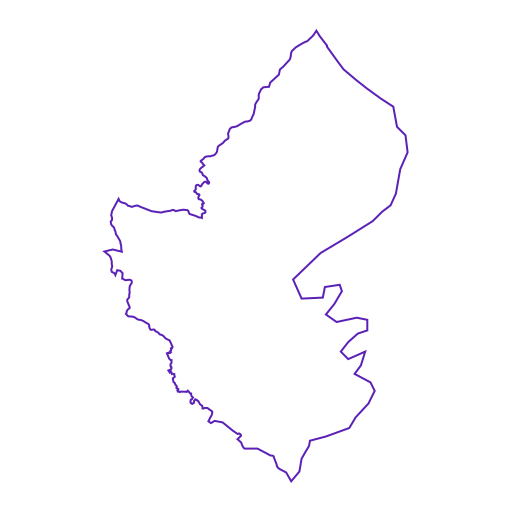 outline of Effia Kwesimintsim Municipal, Western, Ghana
{"feature_id": "2480657B49181902253284", "entity_name": "Effia Kwesimintsim Municipal", "entity_type": "district", "adm_level": 2, "iso_a3": "GHA", "parent_name": "Ghana", "parent_adm1": "Western", "projection": "mercator", "projection_center": [-1.811, 4.965], "detail": "fine", "context": "isolated", "style": "outline", "palette": "violet", "viewbox_px": 512, "rotation_deg": 0, "n_neighbors": 0, "source": "geoboundaries", "source_scale": "gbopen_adm2", "svg_char_len": 6088}
<svg xmlns="http://www.w3.org/2000/svg" viewBox="0 0 512 512"><path d="M111.7,261.1L111.8,264.4L112.1,265.6L112.2,266.7L111.4,268.9L111.3,270.2L111.8,271.9L113.9,272.9L114.6,273.5L115.0,274.0L115.4,275.0L117.2,270.2L120.4,270.8L122.6,273.2L122.2,278.6L122.7,278.6L124.3,279.7L125.2,280.1L126.7,280.1L128.8,279.8L129.5,279.8L130.4,280.0L131.1,280.3L131.6,280.9L131.7,281.2L131.8,282.2L131.7,282.9L131.4,283.5L130.9,284.1L129.8,286.1L129.7,286.5L129.4,289.9L129.6,291.9L129.6,293.2L129.2,294.6L129.3,296.1L129.1,297.4L128.8,298.0L127.6,299.1L127.2,300.1L127.2,300.8L127.4,301.6L129.7,307.3L129.7,307.6L129.5,308.2L127.6,309.7L127.2,310.4L126.6,311.7L126.6,312.6L125.9,313.9L128.1,316.2L128.8,316.4L132.6,316.6L134.8,317.4L137.3,319.2L138.0,319.5L138.7,319.7L140.9,320.0L141.9,320.4L143.5,321.1L146.4,323.0L148.1,323.8L148.7,324.3L149.0,324.9L149.3,325.8L149.1,326.4L149.3,327.2L149.9,328.8L150.6,329.7L151.6,329.8L153.5,329.5L154.2,329.6L154.5,329.8L155.0,330.4L155.2,331.0L157.9,332.4L158.6,333.0L159.0,333.6L159.6,334.2L160.2,334.6L160.6,334.6L161.5,334.9L162.9,335.5L165.6,338.4L167.6,339.5L169.6,340.4L172.6,346.9L172.0,348.1L171.4,348.0L171.0,348.2L170.9,348.5L171.2,349.1L171.3,349.8L170.1,351.2L171.0,352.1L169.8,353.1L168.8,353.1L168.3,352.7L166.9,353.3L169.2,358.7L170.7,360.1L171.5,360.1L171.5,362.8L170.5,364.2L170.5,365.9L170.8,366.1L171.0,366.4L170.8,366.7L171.2,367.5L171.5,367.6L171.6,367.9L170.7,370.0L169.9,369.8L168.4,370.5L169.8,372.5L170.4,371.7L171.0,371.8L171.4,372.4L171.9,374.0L172.5,373.7L174.3,374.1L174.2,374.7L174.3,375.3L174.6,376.0L174.8,376.6L174.6,377.0L173.0,378.2L172.8,378.4L172.9,379.1L173.6,382.2L174.8,383.0L175.5,384.9L176.3,385.5L176.7,386.1L176.8,386.5L176.4,387.6L176.6,388.3L177.0,388.5L177.6,388.5L178.2,388.8L178.3,389.5L177.4,390.6L178.0,391.7L179.0,391.5L179.9,392.1L181.0,391.6L182.9,391.7L184.2,391.7L184.9,391.8L185.5,391.6L185.8,391.6L186.5,391.9L187.0,391.8L187.3,391.2L187.8,390.7L189.3,392.2L189.6,392.9L189.8,393.1L190.1,393.3L191.1,393.5L191.1,394.5L191.6,396.2L193.0,397.5L191.9,399.3L190.9,399.6L190.4,401.5L190.7,402.9L191.3,403.2L192.1,403.9L192.8,403.3L193.5,403.3L193.9,402.8L194.1,401.6L194.1,400.8L194.7,400.3L195.1,399.4L195.4,399.3L196.1,399.8L196.7,399.8L197.3,400.7L197.6,400.9L197.9,400.9L198.3,401.1L200.0,404.2L200.3,404.5L201.9,405.6L202.2,405.9L202.5,406.9L202.5,408.4L203.6,408.5L204.9,407.9L207.3,408.0L207.6,408.1L209.0,409.2L211.8,411.1L212.1,411.4L212.3,412.1L212.1,413.3L211.7,415.0L211.2,416.1L210.6,416.9L208.4,421.3L210.9,423.1L214.6,420.9L222.6,422.4L232.6,430.5L237.5,433.9L237.8,434.0L238.8,433.5L239.3,433.5L240.1,434.1L240.4,434.2L240.8,434.8L240.7,435.1L240.9,435.3L240.8,435.6L240.9,435.9L237.5,439.2L240.3,441.7L241.3,442.7L241.8,444.4L242.8,446.5L243.9,448.1L244.6,448.6L257.5,448.6L268.9,454.6L269.5,455.1L270.2,455.4L272.8,455.7L273.4,456.1L273.8,456.7L273.8,457.2L276.6,464.4L276.8,465.8L277.1,466.2L277.1,466.5L277.3,466.6L277.4,466.9L278.0,467.8L279.4,468.9L286.2,472.5L291.2,481.3L299.4,471.5L301.6,458.7L305.8,451.3L309.0,446.0L310.0,440.7L325.9,436.5L349.3,428.0L355.6,417.4L368.4,403.6L374.7,390.9L370.5,382.4L354.6,373.9L360.9,365.4L365.2,351.6L348.2,359.1L340.8,351.6L348.2,342.1L357.8,333.6L367.3,330.4L367.3,319.8L356.7,317.7L336.6,322.0L325.9,314.5L334.4,303.9L341.9,291.2L339.7,284.8L324.9,287.0L322.8,297.6L301.6,298.6L293.1,279.5L320.6,253.0L347.2,237.1L372.6,221.2L382.2,211.7L390.6,205.3L395.9,193.6L400.2,169.3L407.6,152.3L405.5,135.3L397.0,126.8L393.3,106.7L381.0,98.7L367.2,88.7L356.4,80.2L343.7,69.5L339.5,64.0L326.9,46.6L327.1,45.7L319.7,36.1L316.4,30.7L313.7,34.8L311.6,37.1L309.5,39.0L307.5,41.0L306.6,41.5L305.3,41.8L304.4,42.4L302.9,43.0L302.1,43.6L299.4,45.1L295.3,47.7L294.4,48.7L292.2,50.7L291.7,51.6L291.1,53.0L290.8,56.0L290.1,58.7L289.7,59.6L283.2,66.7L279.9,69.5L278.9,74.6L270.2,82.6L269.0,86.8L263.2,87.3L262.0,88.6L261.2,89.1L259.0,93.7L258.7,94.8L258.8,98.0L258.5,99.2L256.3,102.4L255.3,104.3L255.0,105.6L255.2,106.7L253.6,114.2L252.9,115.4L251.3,119.3L250.3,120.5L247.7,121.4L245.2,121.6L241.0,123.8L237.3,126.1L234.7,126.9L231.6,127.4L229.9,128.8L228.0,133.7L228.5,136.3L228.5,137.2L228.2,138.5L224.8,140.8L222.8,143.1L218.6,145.9L217.9,146.8L217.7,147.3L217.1,151.1L216.9,151.8L216.2,153.1L214.6,154.8L214.3,155.1L210.8,156.1L210.1,156.4L208.3,156.2L206.3,156.6L205.0,157.0L204.4,157.6L203.6,158.7L202.6,159.5L200.8,160.8L200.6,161.4L201.4,162.2L202.1,162.6L203.0,164.1L204.3,165.3L202.7,166.8L202.1,167.1L200.5,168.5L199.8,169.4L199.6,170.0L199.5,170.7L200.1,171.8L201.4,172.3L201.8,172.5L202.4,173.5L202.6,174.7L202.9,175.1L205.8,177.0L206.4,177.7L206.8,178.1L207.4,180.1L208.1,181.1L208.7,181.6L209.1,182.2L209.1,182.9L208.8,183.5L208.5,183.7L207.4,183.4L207.0,182.8L206.4,182.2L205.7,181.8L205.1,181.7L204.0,182.2L202.5,183.9L201.9,184.4L201.3,186.0L200.6,186.4L200.3,186.4L198.5,185.1L197.8,184.8L196.5,185.1L196.0,185.8L195.7,186.8L195.7,187.7L195.9,188.7L195.7,189.4L195.0,190.3L194.4,190.8L194.2,191.2L194.4,191.8L196.1,192.4L196.7,193.5L197.2,194.0L197.6,194.1L198.2,194.1L199.2,194.4L199.4,194.7L199.4,195.3L198.5,196.6L198.3,197.5L198.4,198.5L198.8,199.2L199.5,199.2L200.8,199.6L202.4,200.9L203.6,202.8L203.8,203.1L203.5,203.7L202.2,204.0L202.2,205.1L202.6,205.7L202.6,206.6L201.4,208.0L202.0,208.8L204.8,210.3L205.2,210.6L205.3,211.0L205.5,211.9L205.3,212.5L204.7,212.9L203.7,213.3L202.7,213.6L202.4,213.7L201.9,214.2L201.9,217.9L201.2,217.6L198.7,217.4L195.9,216.0L193.2,215.1L189.6,214.0L188.8,212.6L188.5,211.3L188.2,210.7L187.1,210.1L183.1,209.7L178.0,210.6L175.8,211.2L175.1,210.9L174.0,210.1L172.6,209.9L170.4,210.8L164.8,211.6L161.4,212.5L159.7,212.4L151.6,211.2L140.1,206.7L137.6,205.5L135.3,205.8L131.7,206.9L129.7,206.1L127.9,205.7L127.2,204.8L125.3,203.4L123.2,202.9L121.2,202.2L119.5,201.1L118.6,198.9L112.1,211.0L111.2,215.2L112.1,217.9L112.0,220.0L110.7,221.7L111.1,224.1L112.1,225.7L114.1,227.6L114.5,229.5L115.3,231.1L116.0,234.4L117.0,235.6L120.2,241.2L120.6,243.8L121.1,245.2L121.2,246.6L121.2,248.5L121.8,251.7L112.8,249.5L104.4,251.5L109.6,255.8L110.5,257.2L111.7,261.1Z" fill="none" stroke="#5b21b6" stroke-width="2"/></svg>